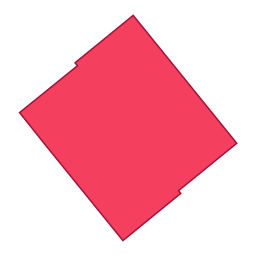 the district of Stevens, Minnesota, United States of America, rotated 51°
{"feature_id": "52423323B3938520611617", "entity_name": "Stevens", "entity_type": "district", "adm_level": 2, "iso_a3": "USA", "parent_name": "United States of America", "parent_adm1": "Minnesota", "projection": "equal_earth", "projection_center": [-96.037, 45.586], "detail": "fine", "context": "isolated", "style": "filled", "palette": "rose", "viewbox_px": 256, "rotation_deg": 51, "n_neighbors": 0, "source": "geoboundaries", "source_scale": "gbopen_adm2", "svg_char_len": 281}
<svg xmlns="http://www.w3.org/2000/svg" viewBox="0 0 256 256"><g transform="rotate(51 128 128)"><path d="M43.7,53.1L44.0,128.1L47.8,128.1L47.8,202.6L89.2,202.9L212.3,202.8L212.0,128.1L208.5,128.1L208.3,53.1L43.7,53.1Z" fill="#f43f5e" stroke="#9f1239" stroke-width="1.5"/></g></svg>